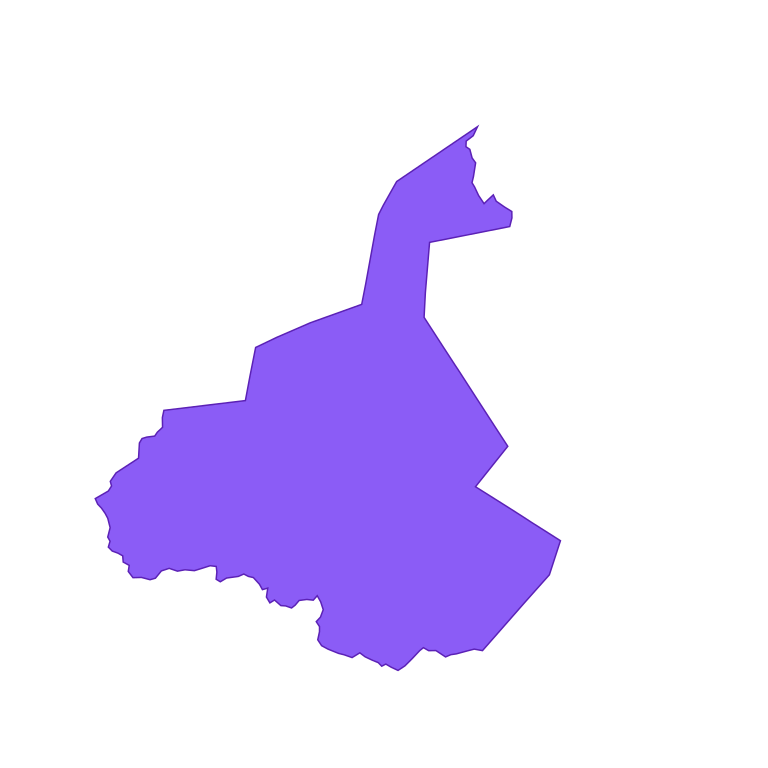 outline of Água Preta, Pernambuco, Brazil, rotated 22°
{"feature_id": "56859067B99963356412199", "entity_name": "Água Preta", "entity_type": "district", "adm_level": 2, "iso_a3": "BRA", "parent_name": "Brazil", "parent_adm1": "Pernambuco", "projection": "orthographic", "projection_center": [-35.496, -8.676], "detail": "fine", "context": "isolated", "style": "filled", "palette": "violet", "viewbox_px": 768, "rotation_deg": 22, "n_neighbors": 0, "source": "geoboundaries", "source_scale": "gbopen_adm2", "svg_char_len": 1886}
<svg xmlns="http://www.w3.org/2000/svg" viewBox="0 0 768 768"><g transform="rotate(22 384 384)"><path d="M401.1,173.8L394.2,167.4L390.2,164.4L389.2,158.0L386.1,144.6L381.0,141.4L375.7,134.3L371.1,133.3L369.2,128.0L373.7,120.4L374.3,110.4L319.9,191.5L316.4,218.5L315.5,228.8L319.5,249.5L329.5,297.8L333.5,318.5L292.8,354.8L267.1,380.9L251.3,398.2L256.8,427.0L261.7,451.3L234.8,466.1L189.8,490.9L191.1,498.2L194.9,507.1L191.9,513.6L190.9,518.2L183.9,522.1L180.1,525.2L179.3,530.3L184.2,544.7L168.9,566.7L166.7,576.8L169.6,580.6L168.5,586.5L159.2,598.4L163.5,602.6L168.5,604.9L173.9,608.4L178.2,612.0L183.9,619.8L185.2,629.4L188.9,632.4L189.5,638.5L194.6,640.7L200.7,640.5L206.1,641.2L208.9,646.8L215.7,647.6L217.1,653.6L223.8,657.6L231.6,654.2L240.4,653.1L244.8,649.7L247.6,640.7L253.9,635.4L262.6,634.9L269.1,630.8L278.1,628.1L283.9,623.4L290.9,617.6L296.8,616.0L299.5,621.0L301.5,627.9L306.3,628.7L310.7,622.9L321.0,617.0L325.2,612.7L330.3,613.2L335.4,612.4L343.5,616.3L348.3,620.2L352.7,616.8L354.8,625.6L360.2,629.7L363.4,625.3L371.4,628.1L375.9,626.6L382.2,626.3L384.5,622.3L386.4,616.5L393.1,612.7L399.4,610.9L401.4,605.3L406.9,609.7L412.2,616.0L412.4,624.0L410.2,629.7L415.1,633.1L417.0,637.9L418.4,646.0L424.2,650.0L431.4,650.8L438.2,650.8L442.8,650.8L448.4,650.0L456.9,649.6L462.3,642.3L468.6,644.0L476.9,644.5L483.1,644.5L487.6,646.5L490.6,643.0L496.8,643.9L504.3,644.3L509.0,637.5L513.0,628.1L517.0,617.8L519.3,613.7L525.3,614.5L532.0,611.7L543.3,614.0L547.4,609.9L552.2,607.1L561.3,600.2L567.0,596.0L575.2,594.3L596.2,534.2L608.8,499.0L606.3,463.2L573.0,457.1L561.3,454.8L543.5,451.5L507.3,445.0L522.1,395.4L507.3,385.1L472.4,360.6L447.4,343.0L442.7,339.8L426.1,328.2L396.2,307.2L388.2,284.0L373.2,235.6L441.6,190.9L440.4,182.1L437.9,176.2L429.7,174.8L419.6,172.5L414.5,167.7L411.5,174.1L409.2,179.3L401.1,173.8Z" fill="#8b5cf6" stroke="#5b21b6" stroke-width="1.5"/></g></svg>